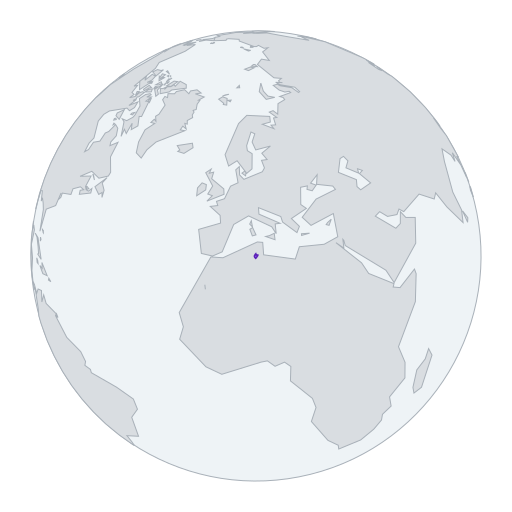 Tozeur on an orthographic globe, rotated 346°
{"feature_id": "TUN-101", "entity_name": "Tozeur", "entity_type": "Governorate", "adm_level": 1, "iso_a3": "TUN", "parent_name": "Tunisia", "parent_adm1": "", "projection": "orthographic", "projection_center": [7.997, 33.974], "detail": "fine", "context": "on_globe", "style": "filled", "palette": "violet", "viewbox_px": 512, "rotation_deg": 346, "n_neighbors": 0, "source": "natural_earth", "source_scale": "10m", "svg_char_len": 10310}
<svg xmlns="http://www.w3.org/2000/svg" viewBox="0 0 512 512"><g transform="rotate(346 256 256)"><circle cx="256" cy="256" r="225" fill="#eef3f6" stroke="#a8b0b8"/><path d="M138.9,63.6L145.6,59.9L139.5,63.4L144.2,61.0L152.1,56.7L156.1,54.5L182.9,44.9L209.9,37.2L216.0,35.1L216.5,35.8L226.4,32.7L230.8,32.1L234.5,31.7L226.2,32.9L226.0,33.2L235.6,32.0L237.4,32.1L243.1,31.8L244.5,32.3L236.6,33.8L237.3,34.4L244.1,33.6L249.7,34.0L239.7,35.0L248.4,36.1L236.8,40.2L208.9,44.8L203.8,49.6L178.7,61.7L182.4,61.8L175.2,67.3L176.8,69.7L171.7,71.8L177.3,72.0L181.7,69.6L185.7,69.1L187.0,70.4L180.7,73.2L179.1,72.9L178.0,74.5L174.3,75.3L176.8,75.7L169.1,79.2L178.7,77.9L174.0,82.6L168.4,84.4L166.6,81.3L148.9,79.8L142.6,81.7L135.6,86.9L127.3,102.3L121.3,106.1L115.0,113.3L119.3,112.2L125.8,106.3L132.3,106.8L139.5,100.2L143.2,99.6L151.6,94.5L152.8,98.6L149.5,105.6L142.7,110.2L141.0,113.6L149.6,112.3L138.8,124.6L135.2,139.6L132.1,142.7L122.4,142.5L117.2,134.1L104.6,136.1L115.3,138.5L107.4,147.3L107.2,150.6L109.1,152.5L113.1,150.8L110.9,154.9L99.5,153.4L101.3,149.7L104.9,150.0L102.4,146.4L94.7,146.5L91.3,151.5L83.3,148.1L80.8,151.9L77.6,153.6L82.1,147.7L73.8,158.6L63.8,159.8L52.3,179.7L60.9,159.5L62.3,153.1L62.9,147.8L60.9,150.8L64.5,141.0L63.1,140.5L55.7,152.9L53.5,157.3L61.0,143.1L69.6,129.5L79.1,116.5L89.5,104.3L100.7,92.8L112.7,82.2L125.5,72.4L138.9,63.6ZM48.5,168.3L45.7,176.1L47.9,172.1L47.3,177.1L40.9,190.3L38.7,203.8L35.0,216.1L33.5,226.3L34.1,230.1L34.2,239.1L36.6,235.3L39.5,237.6L37.1,248.8L40.6,242.4L40.9,251.3L48.2,263.8L47.0,265.3L52.7,289.2L62.8,306.4L65.1,317.1L63.5,320.7L67.9,326.0L68.0,329.4L88.9,349.5L102.4,365.1L103.9,376.0L96.4,382.4L98.4,402.5L87.3,399.1L90.5,406.0L92.2,410.6L90.8,409.2L79.7,396.2L69.5,382.4L60.5,367.9L52.6,352.8L45.8,337.1L40.3,320.9L36.0,304.3L32.9,287.5L31.2,270.5L31.1,269.6L30.8,261.8L32.0,254.1L33.6,237.3L33.7,232.3L32.5,235.0L34.5,215.9L37.8,201.3L41.9,185.8L48.5,168.3ZM48.9,185.5L46.7,207.3L44.7,201.3L45.6,201.0L46.9,193.9L48.1,184.5L47.3,180.3L48.9,185.5ZM55.1,180.6L55.2,177.7L55.5,179.8L55.1,180.6ZM157.7,53.7L152.0,56.7L144.2,60.8L148.7,58.2L157.7,53.7ZM172.8,47.2L170.7,48.3L165.7,50.0L168.5,48.8L172.8,47.2ZM219.9,33.9L215.0,34.8L219.1,33.9L219.9,33.9ZM243.7,31.7L244.5,31.5L247.1,31.5L243.7,31.7ZM150.3,92.7L150.9,93.6L149.1,94.1L150.3,92.7ZM153.4,89.8L150.8,89.7L151.9,88.3L153.4,88.4L153.4,89.8ZM251.6,32.4L255.5,32.8L250.1,32.6L251.6,32.4ZM156.3,90.3L154.1,86.0L156.0,83.6L163.6,82.2L156.3,90.3ZM256.9,33.2L266.6,34.5L269.3,34.0L267.2,36.9L259.7,34.4L252.6,34.1L256.9,33.8L256.9,33.2ZM182.5,68.3L177.9,70.9L180.5,67.6L182.5,68.3ZM183.2,66.4L185.6,58.2L193.0,55.5L190.7,58.6L199.4,54.6L201.9,57.3L197.7,60.1L192.4,61.2L197.4,61.5L183.2,66.4ZM264.6,38.5L265.8,39.3L263.0,38.8L264.6,38.5ZM187.4,68.6L187.2,67.0L193.7,64.5L195.3,67.3L192.7,67.2L187.4,68.6ZM200.4,52.4L205.5,51.3L208.9,53.1L211.3,52.9L202.6,57.1L200.4,52.4ZM191.9,68.4L195.9,68.8L194.1,71.4L188.1,70.0L191.9,68.4ZM194.7,62.8L197.8,61.8L196.6,63.2L194.7,62.8ZM189.8,81.2L189.4,79.0L192.8,77.4L189.8,81.2ZM197.5,68.8L198.1,68.0L199.4,67.2L201.6,68.1L197.5,68.8ZM205.6,58.3L205.9,59.4L209.3,56.6L212.0,58.2L205.7,60.8L209.5,60.3L210.4,60.8L204.3,62.5L205.6,58.3ZM207.6,66.7L200.5,71.1L200.4,75.4L197.4,76.8L198.0,69.7L207.6,66.7ZM206.2,64.0L206.4,66.0L202.6,66.5L200.1,65.6L206.2,64.0ZM216.1,58.4L213.7,55.3L215.1,54.9L216.1,58.4ZM208.3,67.8L210.0,66.8L208.8,68.0L208.3,67.8ZM214.6,61.0L213.5,59.9L215.2,59.5L214.6,61.0ZM214.3,65.7L212.0,67.1L210.3,66.4L214.3,65.7ZM215.1,63.5L217.6,63.1L211.0,65.3L214.3,63.0L215.1,63.5ZM216.4,60.8L217.0,60.1L216.6,61.3L216.4,60.8ZM222.3,67.9L214.4,70.9L210.5,69.2L218.8,66.5L222.3,67.9ZM328.5,42.7L321.6,41.3L297.4,37.0L307.8,38.6L307.2,39.2L311.9,40.5L319.1,41.9L318.8,41.4L339.1,50.6L359.7,59.6L354.1,55.3L356.3,55.4L374.8,64.8L406.7,88.8L409.2,90.9L417.1,98.5L413.8,95.2L414.3,96.2L410.3,92.5L417.3,100.3L411.9,95.4L420.0,104.5L423.1,106.7L418.9,101.2L428.3,111.8L431.2,114.4L432.6,116.2L445.4,134.0L456.3,152.9L460.5,161.9L462.3,165.6L461.8,165.5L466.0,176.6L469.9,185.3L476.2,208.5L475.0,208.2L478.3,223.3L479.3,226.4L480.4,235.9L479.7,230.4L479.2,229.9L476.8,217.3L471.5,203.3L472.0,212.4L469.6,205.3L462.4,197.0L461.7,209.9L462.4,241.6L466.6,261.0L465.0,273.7L453.1,254.6L445.6,238.2L442.7,243.8L429.2,235.4L410.1,248.7L406.1,245.0L402.8,249.9L393.2,249.4L386.7,242.9L381.4,246.2L398.4,262.9L403.9,259.4L406.8,247.9L410.7,254.8L419.8,257.1L414.1,282.2L383.6,315.2L378.6,301.2L345.1,267.4L345.0,262.2L344.8,261.7L344.3,260.8L343.2,269.6L336.8,262.4L356.8,288.2L361.1,300.2L383.2,316.2L381.6,319.3L388.1,321.5L406.6,307.0L407.1,311.9L399.6,338.8L372.3,378.5L374.9,395.2L371.0,410.3L351.5,425.0L350.8,434.3L340.4,440.2L338.1,445.5L328.4,452.5L313.1,459.8L289.6,463.3L290.0,459.5L281.2,452.3L269.7,430.0L277.6,417.5L276.3,407.8L259.2,385.5L263.1,371.6L258.0,365.9L247.8,367.6L241.7,360.5L235.3,360.2L194.2,362.5L180.6,351.4L161.8,318.3L168.4,307.1L167.8,292.3L212.0,246.0L223.5,249.7L260.7,242.7L265.8,244.4L263.7,256.7L293.4,268.5L300.3,257.5L325.0,261.1L340.0,257.1L341.3,233.5L316.8,239.6L310.2,229.6L328.1,215.3L349.2,210.6L347.4,206.7L332.1,201.1L335.0,191.9L326.6,198.5L331.5,201.8L326.3,206.3L321.6,203.7L322.8,200.4L315.9,200.1L311.9,216.9L316.4,222.0L299.4,228.2L305.3,237.7L301.4,243.2L290.0,229.5L289.6,223.7L270.1,209.7L269.0,216.1L287.3,230.1L282.4,229.5L281.0,239.2L278.3,231.4L258.5,215.3L242.0,220.0L224.2,243.8L213.8,245.5L203.6,240.3L206.8,216.3L229.6,215.5L231.0,207.9L223.6,196.8L231.1,197.8L230.9,193.4L239.3,192.8L248.2,182.1L256.3,180.6L257.2,167.5L261.4,165.2L259.7,173.4L262.8,178.7L282.5,175.8L285.5,172.6L284.5,164.5L290.1,165.1L286.5,157.7L296.6,152.8L281.4,153.0L279.8,144.5L284.4,137.1L281.1,134.5L273.6,146.7L273.1,151.7L277.0,155.8L273.2,170.5L267.0,173.6L260.7,159.0L251.2,162.1L250.5,150.2L271.1,123.3L281.1,117.3L303.1,123.9L302.3,129.5L294.0,129.7L304.2,136.8L302.2,132.7L306.8,133.5L306.4,126.3L309.7,126.6L303.7,119.6L307.7,119.1L311.4,123.6L314.2,113.5L321.7,111.2L320.7,108.8L317.6,107.0L329.2,105.8L328.0,104.2L323.7,103.9L318.6,100.6L314.0,94.6L318.2,94.5L320.5,96.6L331.5,101.4L336.8,107.6L338.1,107.1L334.5,101.6L321.0,95.7L317.1,92.2L323.6,94.2L320.9,93.2L320.3,91.4L323.6,89.8L316.5,87.4L303.7,70.5L308.9,66.3L316.2,69.5L311.8,59.6L318.0,56.8L314.0,56.4L309.3,52.2L307.2,52.9L305.0,52.4L291.8,43.4L292.0,41.7L281.9,38.5L279.8,38.5L279.1,39.5L267.2,36.9L269.3,34.0L273.7,34.2L272.0,32.8L282.5,33.7L290.3,34.2L302.8,36.9L307.9,37.6L306.6,37.0L312.6,38.0L324.4,41.4L328.5,42.7ZM199.4,271.5L198.8,276.1L199.4,271.5ZM373.6,217.1L384.9,212.8L376.3,201.1L379.9,198.7L375.6,195.9L375.6,200.4L364.6,192.2L368.2,185.9L365.0,180.5L361.1,181.8L356.2,194.8L371.9,206.2L370.8,213.1L373.6,217.1ZM48.5,264.1L49.0,267.8L47.7,265.8L48.5,264.1ZM42.8,204.7L43.1,207.7L42.7,210.7L42.1,209.2L42.8,204.7ZM49.6,227.4L50.7,231.3L48.8,229.1L49.6,227.4ZM46.7,210.5L48.6,224.6L44.9,221.6L44.0,212.9L45.6,216.2L46.7,210.5ZM51.5,185.5L51.4,187.9L50.3,189.4L51.5,185.5ZM55.3,182.2L55.1,181.7L55.9,179.3L55.3,182.2ZM108.1,147.4L108.9,147.6L110.1,150.3L108.1,150.4L108.1,147.4ZM124.5,155.5L120.7,161.9L122.0,157.1L118.3,158.2L116.5,149.8L130.5,143.9L124.5,147.9L124.5,155.5ZM118.0,137.8L117.6,143.2L117.5,137.5L118.0,137.8ZM221.4,172.0L225.1,174.7L223.2,179.7L213.0,183.2L215.7,175.8L221.4,172.0ZM230.9,177.6L227.4,163.0L233.6,160.8L230.7,164.4L235.2,164.4L231.7,170.3L241.0,183.1L239.9,188.4L221.6,190.9L228.2,186.9L224.2,184.2L230.9,177.6ZM207.7,134.7L206.3,129.8L221.6,131.2L221.1,135.7L210.9,139.0L205.4,135.6L207.7,134.7ZM170.2,89.2L168.7,88.2L170.4,87.3L173.1,87.4L170.2,89.2ZM189.4,80.3L178.7,93.0L176.4,92.3L172.9,101.2L165.5,103.2L168.0,97.2L159.7,105.8L159.0,101.2L154.0,107.3L160.4,93.8L159.4,90.5L163.3,93.4L170.2,91.6L172.8,89.8L179.7,82.5L181.0,75.1L188.0,72.6L192.6,72.9L193.3,74.2L188.5,75.3L193.0,76.4L186.6,79.1L189.4,80.3ZM242.2,84.6L236.4,84.0L244.2,89.2L237.9,90.9L239.2,91.4L235.6,94.5L233.4,99.4L230.2,99.5L230.7,101.4L228.3,103.7L228.0,106.4L222.1,107.9L221.2,111.4L219.0,110.1L219.0,115.9L216.4,112.3L213.0,115.3L217.3,117.2L186.7,121.2L175.9,126.5L168.3,133.2L164.8,126.9L169.7,116.9L178.9,106.7L189.8,102.9L186.3,101.0L190.4,98.7L191.5,101.1L192.4,96.1L196.1,95.0L204.3,87.6L203.2,81.8L206.2,79.2L208.5,80.9L209.9,77.2L216.2,78.9L218.5,77.2L227.0,77.4L230.1,82.3L232.4,80.0L239.0,80.5L242.2,84.6ZM224.7,68.1L229.8,72.8L228.9,76.3L214.4,74.5L211.5,75.8L202.2,75.3L203.8,70.5L206.3,71.0L209.1,70.5L207.5,72.2L210.8,70.4L214.4,71.1L218.0,70.0L218.7,71.8L224.7,68.1ZM270.1,239.4L273.8,239.5L279.2,238.4L278.4,244.8L270.1,239.4ZM256.5,228.6L259.6,227.6L261.1,235.5L257.3,235.6L256.5,228.6ZM260.0,220.6L259.6,226.9L257.6,223.5L260.0,220.6ZM262.4,172.2L265.6,170.9L266.4,172.7L265.3,175.7L262.4,172.2ZM264.1,102.5L260.9,101.1L261.6,100.0L257.7,94.8L262.1,93.5L266.1,96.1L264.1,102.5ZM337.9,238.5L334.3,243.9L331.7,242.5L333.5,240.9L337.9,238.5ZM305.5,245.4L313.5,246.8L305.2,247.1L305.5,245.4ZM268.3,100.1L266.2,98.1L269.6,98.7L268.3,100.1ZM265.1,92.3L268.9,92.5L262.2,92.7L265.1,92.3ZM402.8,394.7L384.8,423.4L376.1,427.2L376.5,421.4L384.5,405.4L395.3,396.8L401.1,387.6L402.8,394.7ZM481.2,251.5L480.0,244.1L480.3,240.0L480.8,241.2L481.2,251.5ZM467.3,262.1L470.8,270.1L469.5,274.5L467.3,262.1ZM464.5,170.7L465.9,174.6L464.9,172.1L462.3,165.7L464.5,170.7ZM302.5,89.4L303.0,97.8L306.2,103.7L312.6,106.6L303.8,106.5L298.9,97.3L302.5,89.4ZM303.1,72.6L297.5,70.7L299.7,69.6L301.3,69.9L303.1,72.6ZM299.9,72.9L293.5,74.3L290.2,72.0L295.9,71.3L299.9,72.9ZM281.1,86.4L280.9,88.8L278.1,88.2L281.1,86.4ZM366.0,59.4L367.1,60.0L353.4,54.2L349.4,52.6L357.5,55.0L359.5,56.1L363.7,58.2L365.0,58.9L366.0,59.4ZM267.8,39.0L265.9,39.3L266.3,38.6L267.8,39.0ZM304.0,52.9L301.0,52.2L301.5,51.2L304.0,52.9ZM293.0,49.8L294.5,51.4L291.1,49.7L293.0,49.8ZM298.2,55.3L294.2,52.1L300.6,55.2L298.2,55.3Z" fill="#d9dde1" stroke="#a8b0b8" stroke-width="1"/><path d="M255.1,258.2L254.8,257.6L254.5,257.2L254.5,256.9L254.4,256.7L254.3,256.3L254.4,255.9L254.4,255.6L254.5,255.4L254.7,255.2L254.8,255.1L255.1,255.0L255.2,254.9L255.3,254.9L255.4,254.4L255.5,254.3L255.6,254.2L255.9,254.1L256.0,254.0L256.3,253.8L256.3,254.1L256.5,254.3L256.3,254.4L256.1,254.6L256.3,254.8L256.5,255.0L257.0,255.2L257.0,255.3L257.1,255.5L257.9,255.5L258.0,255.5L257.9,256.0L255.7,257.9L255.1,258.2L255.1,258.2Z" fill="#8b5cf6" stroke="#5b21b6" stroke-width="1.5"/></g></svg>